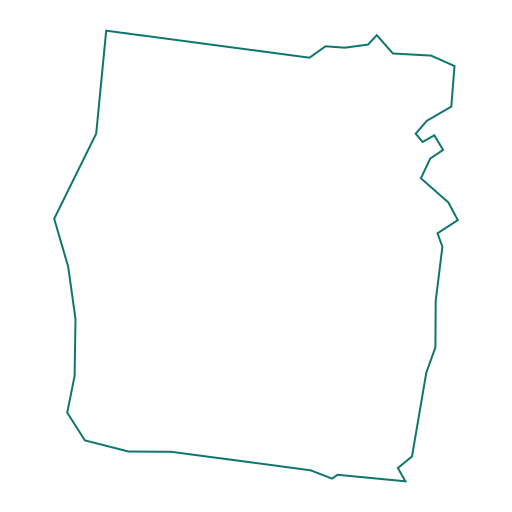 outline of Dickson, Tennessee, United States of America
{"feature_id": "52423323B89058096253104", "entity_name": "Dickson", "entity_type": "district", "adm_level": 2, "iso_a3": "USA", "parent_name": "United States of America", "parent_adm1": "Tennessee", "projection": "albers", "projection_center": [-87.293, 36.147], "detail": "fine", "context": "isolated", "style": "outline", "palette": "teal", "viewbox_px": 512, "rotation_deg": 0, "n_neighbors": 0, "source": "geoboundaries", "source_scale": "gbopen_adm2", "svg_char_len": 590}
<svg xmlns="http://www.w3.org/2000/svg" viewBox="0 0 512 512"><path d="M106.2,30.7L96.2,133.6L54.2,218.7L68.2,266.8L75.5,319.0L74.6,376.1L67.2,412.6L84.9,440.4L128.4,451.5L171.2,451.8L310.6,470.3L332.0,478.6L337.5,474.8L405.4,481.3L397.9,468.0L412.0,456.4L426.3,372.7L435.4,347.3L435.7,300.9L442.4,246.7L437.5,233.3L457.8,220.1L448.4,202.5L420.9,178.3L430.2,158.6L443.1,149.9L434.3,135.3L422.6,142.0L415.7,133.7L426.8,120.8L451.3,106.6L454.5,66.1L431.1,55.6L392.9,53.5L376.8,35.2L368.0,44.6L344.8,47.7L325.5,46.3L309.5,57.7L106.2,30.7Z" fill="none" stroke="#0f766e" stroke-width="2"/></svg>